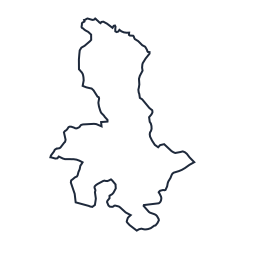 SVG path tracing the border of Caldas, rotated 286°
{"feature_id": "COL-1397", "entity_name": "Caldas", "entity_type": "Department", "adm_level": 1, "iso_a3": "COL", "parent_name": "Colombia", "parent_adm1": "", "projection": "albers", "projection_center": [-75.309, 5.29], "detail": "fine", "context": "isolated", "style": "outline", "palette": "slate", "viewbox_px": 256, "rotation_deg": 286, "n_neighbors": 0, "source": "natural_earth", "source_scale": "10m", "svg_char_len": 3558}
<svg xmlns="http://www.w3.org/2000/svg" viewBox="0 0 256 256"><g transform="rotate(286 128 128)"><path d="M219.7,56.0L220.3,57.1L221.4,58.0L222.1,58.9L222.1,64.0L222.3,64.6L222.7,65.2L223.1,65.8L224.2,66.3L223.9,67.1L223.4,67.9L222.5,69.8L221.6,71.4L221.2,72.7L222.6,73.2L223.4,75.0L222.5,79.1L220.0,85.5L222.3,86.1L222.9,87.2L221.9,88.1L219.5,88.5L217.4,89.2L217.1,90.7L218.1,92.1L220.0,92.7L219.1,95.0L218.8,97.7L219.2,100.5L220.0,102.8L217.8,103.2L217.4,104.2L218.1,107.5L217.6,108.3L216.5,109.0L215.4,110.0L214.3,113.9L211.5,118.9L210.9,121.9L210.4,122.6L208.1,124.9L207.3,125.3L206.6,126.1L206.9,127.8L205.4,128.2L199.7,125.8L194.4,124.3L193.0,124.3L189.9,124.9L187.1,126.2L181.4,125.0L178.3,125.0L172.9,126.9L169.8,127.3L167.7,127.4L165.1,128.5L163.9,129.4L160.2,131.1L159.5,133.7L153.2,142.9L152.4,144.7L152.1,145.5L151.8,146.3L151.0,146.8L149.6,147.2L147.5,146.8L144.2,145.3L139.9,147.2L138.6,148.7L136.4,150.0L133.7,150.9L131.6,150.9L129.8,150.4L128.0,150.6L125.8,151.6L122.6,154.5L119.2,158.4L117.8,162.3L120.4,163.6L122.4,167.2L117.8,176.2L117.2,178.4L117.0,180.3L119.3,184.9L120.6,187.1L120.4,189.3L119.4,191.7L116.7,195.3L113.4,201.1L109.6,197.3L105.2,193.8L102.6,191.3L100.6,188.8L97.7,184.3L96.4,183.3L94.8,182.9L91.7,182.6L87.7,181.5L86.0,181.4L82.6,181.7L78.8,181.1L78.2,180.2L78.2,179.5L77.9,178.5L76.5,176.1L75.3,175.4L74.7,175.2L74.4,175.4L74.4,175.6L74.2,175.9L71.2,178.6L70.4,179.1L69.3,179.5L67.3,179.7L65.8,179.4L64.7,178.8L64.1,178.3L63.5,176.9L58.3,164.5L57.4,164.5L53.1,171.2L52.7,172.4L52.4,177.4L52.0,179.0L51.2,180.3L49.0,182.5L47.8,183.1L44.7,182.5L41.9,181.3L41.4,180.2L38.0,177.5L36.4,175.2L35.4,173.0L35.1,172.0L35.0,170.9L34.9,168.6L33.7,166.5L31.8,164.7L35.1,156.3L37.0,153.2L37.6,152.6L38.8,152.5L41.5,152.6L42.4,153.0L45.0,154.6L46.2,149.0L49.4,142.5L49.9,141.3L50.0,140.1L49.9,137.2L49.6,136.3L48.6,135.6L48.0,134.9L47.7,133.8L47.4,132.2L48.1,130.6L51.0,128.3L51.7,128.2L52.7,128.4L55.3,129.6L57.8,128.9L60.0,131.0L60.6,131.3L61.9,131.9L66.6,132.9L69.3,131.9L70.3,131.6L73.2,127.3L73.9,125.8L72.2,124.0L71.3,122.8L70.9,120.8L70.9,119.8L70.1,118.6L65.7,114.1L64.1,112.8L62.7,112.1L61.9,112.1L61.2,112.4L59.6,113.6L58.9,113.9L57.2,113.9L51.4,116.5L50.3,116.7L44.9,117.4L42.3,115.4L42.3,114.8L42.1,113.4L42.3,111.7L42.1,98.2L50.0,94.9L59.8,88.1L61.9,87.8L64.1,89.4L65.8,90.5L67.4,92.3L68.8,92.6L72.0,92.5L75.1,92.9L78.6,92.6L80.3,93.2L82.5,93.8L83.2,90.3L83.4,87.3L83.0,84.2L80.7,76.0L80.7,73.9L81.5,69.3L79.4,68.5L78.6,66.6L78.6,62.0L78.5,61.5L80.3,61.5L85.0,63.3L86.9,63.6L88.6,65.1L88.6,65.5L89.0,66.1L89.2,66.6L89.4,67.2L89.9,67.9L90.7,68.5L96.3,70.7L97.3,71.3L98.8,71.3L99.6,71.2L106.2,67.6L107.8,68.3L108.4,68.9L109.1,69.4L110.1,69.9L112.4,70.6L113.2,71.5L113.6,73.0L113.5,75.8L113.2,77.4L113.5,78.8L115.0,80.6L116.0,81.3L117.1,81.6L118.0,82.1L119.0,83.7L122.6,94.1L122.9,95.8L123.0,96.6L122.3,102.1L126.3,100.5L128.5,106.5L129.2,106.4L130.2,106.0L131.9,103.2L132.4,102.4L133.0,101.8L133.6,100.9L135.1,98.2L136.0,97.3L137.5,96.2L140.6,94.2L142.7,93.2L144.0,92.6L144.6,92.5L148.3,92.1L149.1,91.7L149.6,91.3L149.7,90.1L154.7,84.5L155.9,82.2L155.9,81.6L155.8,81.0L155.6,76.7L156.0,72.8L161.5,72.3L164.5,71.2L166.3,70.3L167.4,69.6L168.2,68.8L168.9,68.0L169.4,67.0L170.0,66.3L170.9,64.7L180.4,61.9L185.9,60.8L189.3,60.2L192.3,61.0L193.0,61.6L193.5,62.1L195.0,63.6L201.1,67.6L202.6,68.3L207.6,66.8L209.4,63.3L210.1,60.1L210.7,58.5L211.3,57.5L211.5,56.3L211.8,55.9L212.3,55.5L213.5,55.3L214.3,55.3L215.6,54.9L216.1,54.9L216.7,55.1L217.9,56.4L218.4,56.8L219.7,56.0Z" fill="none" stroke="#1e293b" stroke-width="2"/></g></svg>